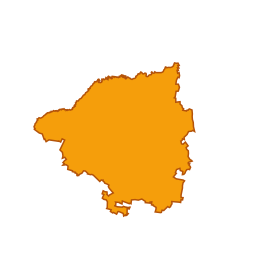 outline of Waterberg, Limpopo, South Africa, rotated 30°
{"feature_id": "47623444B68910643198214", "entity_name": "Waterberg", "entity_type": "district", "adm_level": 2, "iso_a3": "ZAF", "parent_name": "South Africa", "parent_adm1": "Limpopo", "projection": "robinson", "projection_center": [27.237, -24.067], "detail": "fine", "context": "isolated", "style": "filled", "palette": "amber", "viewbox_px": 256, "rotation_deg": 30, "n_neighbors": 0, "source": "geoboundaries", "source_scale": "gbopen_adm2", "svg_char_len": 5741}
<svg xmlns="http://www.w3.org/2000/svg" viewBox="0 0 256 256"><g transform="rotate(30 128 128)"><path d="M149.8,208.4L154.3,207.2L154.5,209.1L157.3,209.2L157.7,208.4L161.2,208.3L161.1,205.5L161.8,204.9L166.3,204.4L166.8,204.6L168.3,206.4L169.9,203.5L170.2,204.6L170.5,204.3L170.4,203.9L170.8,203.5L171.0,202.0L169.7,202.1L167.5,198.1L169.5,197.6L169.3,195.6L168.6,196.0L168.6,196.6L166.4,197.3L166.4,197.5L163.1,198.2L162.8,199.3L158.3,201.5L154.8,202.1L156.1,201.6L155.0,198.9L154.3,198.4L157.9,196.7L158.1,197.1L160.8,196.8L159.6,194.1L167.0,192.9L167.2,192.2L168.5,192.1L167.7,190.3L167.0,188.5L169.9,186.5L173.0,185.3L175.5,182.6L179.8,182.9L180.3,184.0L184.7,182.0L184.1,181.2L185.5,180.1L186.8,182.8L188.3,182.1L188.5,182.6L192.0,182.7L192.9,184.5L193.5,187.1L198.5,185.0L199.1,184.4L198.6,182.2L200.2,181.6L201.7,176.2L203.6,176.2L204.2,174.8L203.9,174.0L204.0,171.7L202.7,169.8L209.5,166.6L210.8,166.2L209.8,163.6L211.2,163.0L210.5,160.8L208.8,161.7L207.5,159.6L205.2,152.8L204.0,150.7L203.1,148.0L203.4,145.5L201.8,145.5L195.2,147.9L191.8,147.7L192.5,143.1L191.4,143.0L190.8,139.7L193.1,137.0L194.5,138.7L197.2,138.2L198.4,141.2L199.5,140.3L199.9,138.6L199.6,136.8L199.7,134.7L201.7,133.0L202.1,133.1L201.8,130.7L200.7,130.0L199.5,129.7L199.3,128.2L198.1,128.8L197.5,127.9L197.6,127.4L200.1,124.6L199.3,124.3L197.3,124.3L194.3,122.7L193.2,120.0L191.6,117.6L189.4,117.1L188.1,115.8L189.0,113.4L184.7,111.5L183.8,114.5L182.3,114.9L180.3,113.0L180.7,112.7L181.0,111.2L180.6,110.1L182.6,109.8L181.2,108.0L182.4,104.1L182.2,100.8L184.7,98.9L185.3,97.7L187.4,97.7L184.1,94.2L181.7,90.5L179.5,88.4L177.8,85.9L176.7,83.6L174.4,80.4L171.6,80.8L171.1,81.9L171.2,82.4L170.1,83.2L170.2,84.0L166.6,85.2L166.5,83.5L165.0,83.4L163.5,81.7L161.2,81.3L159.9,79.2L156.5,81.8L154.5,78.4L153.0,78.7L153.3,77.4L151.3,72.2L153.1,70.9L152.2,67.0L149.7,64.9L147.5,66.1L146.0,62.2L145.8,59.1L147.1,58.9L146.5,56.9L144.6,54.6L143.7,55.8L141.7,53.6L142.9,53.0L140.8,51.2L142.0,50.6L139.8,49.0L141.0,48.2L138.9,46.8L137.3,47.9L135.8,48.3L135.7,48.9L136.1,50.0L136.0,50.8L136.3,51.6L135.5,53.4L134.2,54.6L133.1,55.0L131.3,56.5L130.6,56.5L130.2,56.2L129.9,56.6L130.3,58.7L130.0,59.9L130.3,61.4L129.9,62.4L129.0,63.5L125.0,65.8L124.1,66.1L123.1,65.9L123.0,66.5L123.4,67.1L122.7,67.8L121.3,68.3L121.1,67.6L120.4,67.7L120.4,68.3L121.4,69.2L121.5,70.1L120.0,71.4L119.6,72.3L119.6,73.2L119.0,73.9L118.2,74.1L118.1,73.9L117.5,73.8L116.9,72.2L116.1,71.7L115.2,72.0L114.5,73.3L113.9,73.6L113.3,73.7L112.3,73.1L111.1,73.1L110.9,74.2L111.2,75.0L110.7,75.6L110.1,75.7L109.6,76.2L109.8,77.2L109.6,78.1L108.9,79.4L109.5,80.1L109.3,81.1L109.1,81.6L107.7,82.7L107.6,83.3L107.2,83.9L105.8,84.1L105.3,83.9L105.2,84.1L102.3,83.9L101.6,86.5L101.2,86.6L100.6,86.5L100.1,85.7L100.6,84.9L100.4,84.2L99.3,84.3L98.7,84.8L98.5,85.5L98.9,86.2L98.6,86.7L97.1,86.5L97.6,85.6L97.5,84.8L96.1,85.1L95.8,85.3L95.8,86.0L95.1,87.0L95.4,87.9L95.0,87.9L95.2,88.2L94.7,88.3L94.6,89.0L93.7,88.9L93.5,89.5L92.6,89.9L92.1,89.6L90.9,90.4L90.7,91.1L90.2,91.0L90.3,90.4L88.4,91.2L88.5,92.3L89.4,92.7L89.5,93.0L89.0,93.2L88.9,93.6L88.2,93.5L87.3,92.8L87.0,93.0L86.9,93.7L86.6,93.8L85.9,92.9L85.2,92.9L85.1,93.2L85.5,93.2L85.2,93.5L85.2,94.2L85.5,94.8L86.0,94.7L86.3,95.8L86.1,95.7L85.8,96.2L84.9,96.2L85.0,95.9L84.2,95.4L84.0,95.9L83.7,95.7L83.8,97.2L83.3,98.0L82.3,97.8L82.1,98.3L82.4,98.4L82.2,98.7L81.8,98.8L81.8,98.4L81.0,98.6L81.2,99.5L81.5,99.5L82.2,100.6L82.2,101.4L81.9,101.4L82.0,101.8L81.6,102.4L79.8,103.2L79.4,102.7L79.7,101.5L79.2,101.7L78.9,101.4L79.1,100.7L78.3,100.3L77.9,100.7L77.7,101.2L77.9,102.0L77.6,102.8L77.8,103.5L76.1,104.5L76.3,105.2L76.0,105.3L76.1,106.1L75.6,107.3L75.8,107.8L75.7,109.3L75.0,110.4L75.1,111.1L74.9,111.7L74.9,112.3L75.4,112.7L75.0,113.4L74.4,113.6L73.9,114.1L74.0,114.4L75.0,114.8L75.2,115.5L74.5,116.4L74.5,117.4L73.7,118.7L73.9,120.8L73.0,121.8L72.7,125.5L71.6,127.2L71.3,129.6L70.1,130.1L69.9,130.6L70.4,131.7L70.0,132.6L70.7,133.2L71.0,134.0L70.8,134.6L70.2,134.8L70.2,135.3L70.4,136.0L71.2,135.9L70.5,137.6L70.1,137.7L69.9,138.1L70.2,138.6L70.1,139.1L70.4,139.5L70.2,139.6L70.3,139.9L69.8,140.2L69.7,140.7L69.0,141.4L68.2,141.2L67.5,142.2L66.7,142.3L66.6,143.1L66.0,143.2L65.8,143.5L65.6,143.0L63.9,143.9L63.6,143.8L63.7,143.5L62.9,143.3L62.6,144.0L62.2,144.4L61.6,144.3L61.3,144.5L61.2,145.3L60.9,145.4L60.9,145.6L60.4,145.5L59.7,145.9L59.7,146.4L59.3,146.5L59.0,147.1L59.4,147.4L59.3,147.8L59.0,148.3L58.7,148.4L58.7,148.6L58.1,148.4L57.5,148.7L57.3,149.3L56.9,149.1L56.4,149.4L56.2,150.0L54.8,150.2L54.7,150.9L54.5,151.0L54.1,151.8L53.6,151.9L53.7,152.0L53.2,153.0L52.9,152.9L52.5,153.8L52.0,153.8L51.9,154.4L50.5,155.2L50.5,156.2L50.0,156.6L49.9,157.5L48.9,159.7L48.9,160.3L48.4,161.7L47.3,163.2L45.8,163.6L45.6,164.7L44.8,165.7L45.9,166.2L45.6,167.0L45.6,168.4L45.9,168.7L45.4,170.8L46.0,172.4L46.0,173.2L45.8,173.5L46.9,174.8L47.7,174.8L47.6,176.0L53.6,176.7L56.7,176.0L61.0,179.7L61.4,179.1L63.9,180.8L65.5,177.8L74.6,174.2L74.6,173.9L76.7,173.8L76.4,170.3L79.2,170.1L80.0,181.0L83.4,181.9L85.7,184.8L86.3,187.0L87.9,185.0L90.3,186.0L89.4,188.0L89.0,190.5L90.6,190.7L90.2,192.7L92.9,190.7L95.2,191.0L96.5,194.0L101.3,192.8L101.7,193.6L104.5,192.7L104.8,193.4L105.4,193.1L106.7,193.2L106.7,193.5L107.4,193.7L107.3,194.4L107.9,194.7L109.1,193.7L108.8,193.3L109.3,192.2L110.7,190.2L110.9,187.3L112.7,186.6L115.8,187.4L115.9,188.0L118.8,187.2L119.9,186.3L121.6,186.2L130.3,188.4L130.8,186.4L131.9,186.1L132.4,185.6L133.2,186.6L134.3,186.6L135.4,187.4L137.8,187.0L140.0,187.0L140.3,188.6L142.1,189.7L147.7,191.6L145.3,195.6L145.2,196.6L142.9,196.1L143.0,195.7L141.8,193.9L139.8,194.7L137.9,194.8L138.5,197.9L140.4,197.7L140.8,201.6L142.7,201.9L145.0,201.1L147.0,202.1L149.8,207.3L149.8,208.4Z" fill="#f59e0b" stroke="#b45309" stroke-width="1.5"/></g></svg>